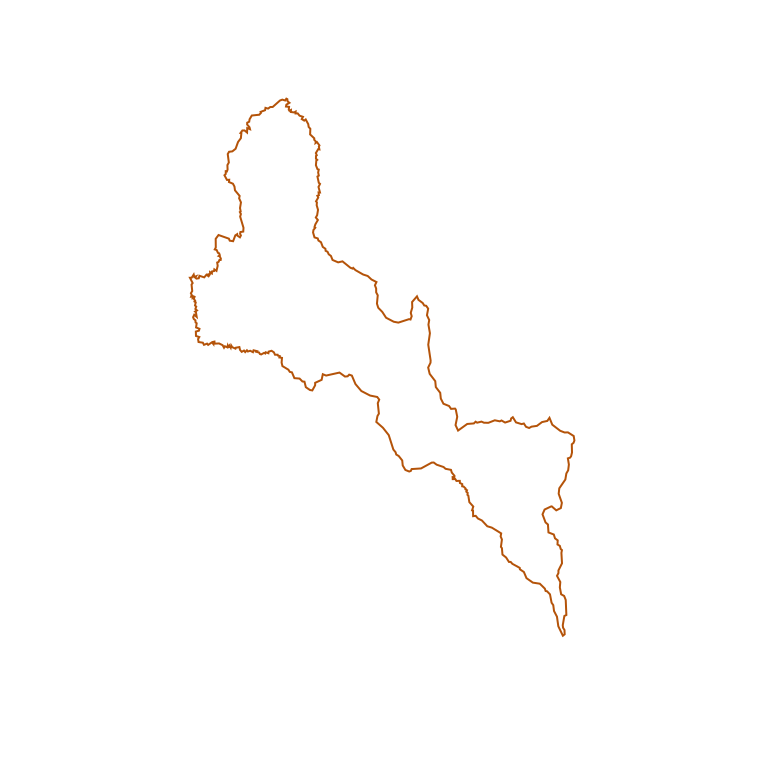 the district of Sevilla, Valle del Cauca, Colombia, rotated 337°
{"feature_id": "7082276B53054479905694", "entity_name": "Sevilla", "entity_type": "district", "adm_level": 2, "iso_a3": "COL", "parent_name": "Colombia", "parent_adm1": "Valle del Cauca", "projection": "natural_earth1", "projection_center": [-75.905, 4.158], "detail": "fine", "context": "isolated", "style": "outline", "palette": "amber", "viewbox_px": 768, "rotation_deg": 337, "n_neighbors": 0, "source": "geoboundaries", "source_scale": "gbopen_adm2", "svg_char_len": 6117}
<svg xmlns="http://www.w3.org/2000/svg" viewBox="0 0 768 768"><g transform="rotate(337 384 384)"><path d="M448.6,316.2L441.9,319.5L439.9,324.7L436.4,329.0L436.0,332.4L433.6,335.0L432.4,334.1L421.2,333.1L417.3,330.5L411.8,323.8L410.6,317.0L408.5,311.6L408.9,307.3L412.9,299.9L412.6,296.6L414.1,293.0L414.2,289.6L416.9,287.2L413.3,282.9L411.2,278.2L407.6,275.1L402.2,268.0L401.0,265.1L400.2,265.5L398.5,263.9L393.7,254.9L389.3,254.1L385.1,249.7L385.2,245.4L383.8,243.0L383.7,240.2L382.3,238.6L382.9,236.6L381.2,233.9L381.4,228.9L379.7,226.3L379.9,224.1L377.3,221.9L377.9,216.8L379.3,214.6L381.8,213.3L381.3,212.4L383.2,210.2L387.2,207.2L386.3,204.1L388.4,202.5L391.3,197.9L391.9,193.1L393.2,190.6L392.8,189.3L396.3,186.7L396.2,184.7L397.8,184.8L398.6,182.1L399.9,182.7L400.7,177.0L403.3,174.8L402.6,173.3L403.8,167.0L405.4,166.7L406.0,163.6L407.7,161.1L406.7,160.2L406.8,156.0L409.0,151.9L410.1,151.6L409.4,150.0L410.5,147.5L411.5,147.2L411.5,144.8L415.2,142.1L416.2,142.8L416.8,140.0L417.8,139.2L416.8,135.1L415.2,135.4L416.0,134.2L415.2,131.9L415.8,130.6L413.5,125.4L415.9,120.3L415.1,117.9L415.8,115.2L415.3,109.9L413.5,110.4L411.8,108.0L413.8,106.4L411.1,104.0L410.3,101.2L408.3,100.4L409.1,98.7L407.4,98.9L404.5,97.2L405.4,95.4L403.7,95.5L403.5,94.3L404.9,91.8L402.2,90.3L403.3,88.7L406.8,88.2L405.7,86.1L406.3,84.0L405.6,83.2L403.8,84.4L401.5,82.5L399.0,82.4L389.8,85.5L387.5,84.6L384.9,85.2L382.8,83.5L381.5,85.5L376.7,85.3L376.6,86.4L374.4,87.4L367.2,85.2L363.7,87.8L362.4,89.9L360.2,90.0L359.4,91.7L360.5,95.1L360.2,97.1L358.1,95.0L356.2,99.0L354.7,96.1L352.7,95.3L350.0,96.9L350.7,97.4L348.3,101.8L344.2,104.2L339.3,109.5L335.3,110.6L332.1,109.7L330.0,111.3L327.7,119.5L325.4,121.3L323.8,125.5L321.8,127.6L322.2,126.5L321.5,126.2L320.4,128.8L318.7,129.5L319.2,134.8L321.3,135.5L320.2,137.5L323.2,140.6L323.5,143.8L322.5,147.5L324.6,154.5L323.2,156.5L323.3,160.9L320.2,165.8L319.5,169.1L318.5,169.4L318.7,171.6L317.0,173.7L315.7,185.3L314.0,188.7L311.2,188.0L310.2,189.5L310.3,191.4L308.7,192.7L307.0,190.1L307.4,188.7L305.2,189.1L300.9,193.6L298.0,191.8L298.0,189.6L289.9,182.2L285.8,184.6L282.5,192.6L280.8,194.0L282.3,195.3L282.4,198.4L283.3,199.3L283.2,201.2L281.9,201.6L282.7,202.3L282.8,204.9L282.1,206.0L281.0,205.5L279.4,207.0L277.9,207.0L277.1,210.2L274.0,214.4L272.6,212.2L271.7,213.6L269.6,213.2L268.8,214.9L267.6,213.1L267.0,214.7L265.0,214.4L265.6,215.7L264.6,216.3L263.3,214.0L260.2,215.6L256.4,212.3L254.8,214.3L252.5,213.7L251.8,212.3L253.1,211.4L251.2,211.3L251.6,208.9L248.5,211.0L246.9,210.4L247.3,216.3L245.7,217.3L243.8,223.5L241.7,225.0L241.8,226.8L240.7,228.1L241.8,228.2L241.4,229.7L242.9,228.9L243.7,229.7L242.2,231.4L242.7,233.5L241.8,234.1L242.6,235.3L240.7,237.9L241.4,239.4L239.7,241.2L240.6,243.2L238.4,243.5L238.9,244.5L237.8,249.0L236.4,246.1L234.4,247.9L234.3,249.8L235.3,251.7L234.6,253.7L235.3,254.9L233.1,258.5L235.7,261.1L234.5,262.6L231.3,262.2L229.7,266.3L232.3,268.6L230.4,270.0L229.7,272.9L233.4,275.2L233.6,277.6L236.9,277.7L237.4,279.3L241.9,278.4L242.5,280.5L243.3,278.5L244.5,278.7L243.9,280.7L248.0,282.2L250.6,285.2L250.9,288.1L252.3,287.1L254.1,289.0L255.1,287.7L255.0,288.9L256.3,288.3L255.9,289.5L257.0,289.7L257.1,290.7L258.4,288.8L258.7,290.8L261.1,293.4L261.8,292.7L265.3,293.5L264.8,296.4L265.6,298.8L268.2,298.5L268.7,300.4L271.0,299.4L271.4,300.9L273.8,301.1L275.8,303.5L277.1,302.0L279.9,304.1L279.1,304.5L281.3,306.2L281.5,307.9L282.5,308.8L285.8,308.5L286.6,309.5L287.5,308.6L289.6,310.5L290.5,309.1L293.5,309.5L295.0,311.8L295.1,314.5L297.5,315.5L297.4,316.3L299.0,317.7L298.1,318.7L300.3,320.1L298.1,324.3L297.5,327.8L301.6,333.5L302.0,336.0L303.8,337.3L303.8,343.6L308.4,346.0L309.9,349.8L311.7,350.8L310.8,356.4L313.5,360.6L315.5,361.9L320.1,358.3L321.1,356.0L328.2,355.8L331.5,351.1L334.0,353.6L347.5,356.1L351.0,361.9L353.5,362.7L355.6,361.8L357.7,363.7L357.7,372.9L360.4,381.6L366.7,389.2L372.7,393.3L373.5,396.5L370.8,399.2L367.7,409.3L365.5,410.9L362.1,415.9L365.9,423.8L368.4,432.9L367.0,448.0L368.0,451.3L367.7,453.7L369.4,456.0L370.9,461.5L369.4,466.3L370.1,471.5L373.0,474.4L374.7,474.5L376.2,473.1L385.1,476.2L397.2,475.0L399.1,475.7L400.9,478.8L406.4,483.7L407.5,486.1L412.1,489.2L411.8,492.0L413.0,496.1L412.4,497.2L410.8,496.5L410.1,498.4L412.5,499.4L412.8,501.5L415.9,502.8L415.2,504.8L416.9,506.7L416.0,508.7L417.2,509.5L418.3,512.1L417.8,512.8L418.9,514.2L417.7,515.3L418.5,516.9L417.5,518.6L418.0,519.7L416.4,526.1L418.3,531.7L415.7,534.7L416.5,535.3L414.4,540.5L416.9,541.2L417.9,544.5L420.8,547.9L423.5,555.3L427.1,558.3L433.5,567.3L431.8,569.9L431.8,573.2L428.0,579.6L428.4,581.2L426.4,587.3L428.6,591.4L429.5,596.6L431.1,597.3L431.9,599.7L437.1,606.3L436.7,607.7L439.3,611.7L439.3,618.4L443.4,625.0L449.4,628.7L452.1,635.2L451.9,637.7L453.1,638.5L454.6,642.5L452.8,650.8L453.4,653.7L451.8,659.4L452.3,665.8L449.8,675.1L450.3,685.6L452.5,685.0L454.0,681.0L453.6,678.3L454.3,675.9L457.9,670.3L459.4,668.0L461.6,667.9L466.9,653.8L467.0,649.5L464.9,646.8L466.4,639.9L468.9,635.2L468.3,628.2L470.7,626.2L471.7,623.8L477.8,618.6L481.3,608.8L482.9,606.4L482.2,605.0L482.6,601.7L481.0,599.5L482.8,595.8L481.1,592.9L481.5,588.9L477.4,584.9L480.0,577.4L478.6,574.5L479.0,565.9L482.8,562.3L489.8,562.0L490.6,562.2L493.2,567.6L498.3,567.3L501.3,562.9L501.9,553.3L504.6,548.5L513.6,542.8L516.9,537.6L519.8,535.4L522.7,530.4L524.2,524.3L526.5,524.5L528.0,523.6L530.3,520.5L533.3,512.9L535.5,512.2L537.2,510.4L538.3,506.0L534.4,500.4L531.3,499.2L527.9,495.9L523.0,487.2L523.1,479.8L519.9,481.8L514.6,480.8L508.4,482.3L503.1,480.9L500.4,481.2L498.0,478.9L497.3,475.0L495.0,474.7L490.5,470.9L489.6,464.9L487.6,465.4L486.1,467.3L480.4,466.8L477.9,463.5L476.0,463.6L471.8,460.7L464.9,460.5L460.9,458.7L459.0,456.7L454.6,456.0L453.6,454.5L451.3,455.4L445.0,453.3L434.0,455.8L433.8,449.8L438.6,442.8L440.1,435.5L439.8,434.4L436.0,433.1L435.3,429.7L431.0,425.4L430.6,419.6L432.3,414.1L430.5,407.1L432.3,401.4L430.0,392.5L431.1,386.1L435.1,382.6L436.1,380.6L440.1,365.1L446.1,355.2L448.1,346.7L450.6,342.8L450.4,337.5L454.1,331.9L453.4,328.5L451.7,327.4L451.3,324.6L448.6,320.0L448.6,316.2Z" fill="none" stroke="#b45309" stroke-width="2"/></g></svg>